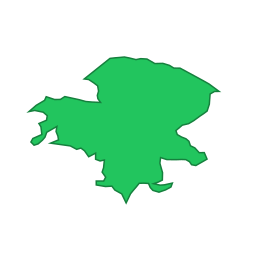 Portalegre, Rio Grande do Norte, Brazil, rotated 255°
{"feature_id": "56859067B24443946953027", "entity_name": "Portalegre", "entity_type": "district", "adm_level": 2, "iso_a3": "BRA", "parent_name": "Brazil", "parent_adm1": "Rio Grande do Norte", "projection": "equal_earth", "projection_center": [-38.025, -6.029], "detail": "fine", "context": "isolated", "style": "filled", "palette": "green", "viewbox_px": 256, "rotation_deg": 255, "n_neighbors": 0, "source": "geoboundaries", "source_scale": "gbopen_adm2", "svg_char_len": 1564}
<svg xmlns="http://www.w3.org/2000/svg" viewBox="0 0 256 256"><g transform="rotate(255 128 128)"><path d="M139.8,225.4L149.5,217.7L154.4,212.7L172.3,193.8L174.0,187.8L177.8,184.2L181.4,178.4L183.3,170.6L189.7,164.2L191.7,158.2L192.0,153.4L195.2,147.6L197.5,142.9L198.3,138.2L199.1,133.8L199.9,128.6L186.7,98.4L185.0,102.6L180.6,106.5L176.6,109.6L171.2,109.1L167.4,106.8L164.1,106.5L159.8,108.1L162.4,99.9L164.5,94.1L167.9,88.3L174.7,75.1L173.1,70.1L174.5,64.5L179.4,57.1L176.3,54.6L173.7,45.3L169.5,36.6L169.1,42.4L165.2,50.2L160.8,53.2L156.6,51.3L155.4,43.1L151.7,44.2L144.0,43.1L142.5,33.4L139.6,30.6L135.7,32.8L135.9,37.1L138.4,42.2L140.6,45.4L144.9,48.4L146.1,52.9L147.9,59.7L143.2,57.6L138.4,58.2L134.5,57.8L133.4,49.3L125.6,67.7L120.7,72.9L120.8,77.3L117.3,80.1L110.4,82.6L112.1,90.2L106.2,88.6L103.4,92.5L103.2,96.9L95.9,94.1L92.1,91.6L86.3,93.7L83.1,90.8L85.0,83.6L81.2,82.6L77.3,91.1L76.0,97.4L71.5,99.2L66.0,104.9L56.1,106.8L63.8,113.4L66.5,117.1L69.0,120.8L71.7,124.5L70.6,129.1L69.1,133.5L64.7,134.1L61.3,135.9L58.0,141.3L58.5,148.3L59.9,154.2L63.3,156.6L63.7,148.3L64.5,144.2L67.6,138.3L67.9,143.1L68.8,147.7L75.9,149.8L82.4,149.7L85.8,149.7L91.0,151.8L87.4,157.4L84.8,167.0L83.8,171.4L82.5,175.7L79.5,178.7L76.1,179.9L74.2,183.8L76.3,191.9L77.5,196.3L84.5,195.3L85.7,190.4L91.5,187.4L94.7,183.7L99.4,183.4L102.6,181.2L105.4,177.4L108.9,173.9L113.1,173.6L116.7,181.2L116.5,187.7L118.1,193.4L120.9,200.6L122.2,204.5L123.9,208.8L129.9,212.7L134.5,214.3L139.6,216.1L140.9,221.0L139.8,225.4Z" fill="#22c55e" stroke="#15803d" stroke-width="1.5"/></g></svg>